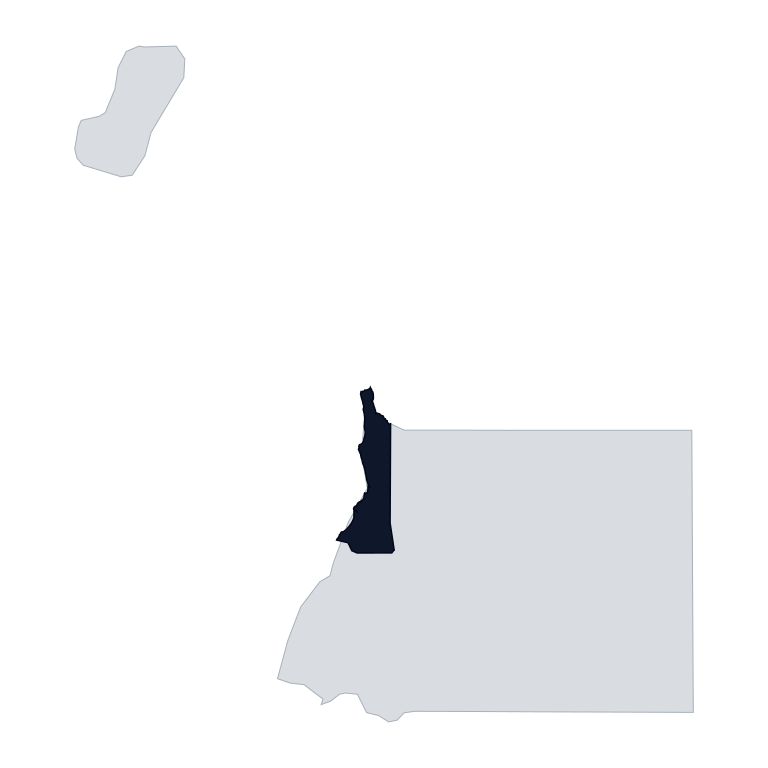 Bata, Litoral, Equatorial Guinea (highlighted)
{"feature_id": "11065452B98139425844484", "entity_name": "Bata", "entity_type": "district", "adm_level": 2, "iso_a3": "GNQ", "parent_name": "Equatorial Guinea", "parent_adm1": "Litoral", "projection": "robinson", "projection_center": [9.804, 2.002], "detail": "fine", "context": "in_parent", "style": "filled", "palette": "ink", "viewbox_px": 768, "rotation_deg": 0, "n_neighbors": 0, "source": "geoboundaries", "source_scale": "gbopen_adm2", "svg_char_len": 6264}
<svg xmlns="http://www.w3.org/2000/svg" viewBox="0 0 768 768"><path d="M691.8,430.3L692.1,486.2L692.3,533.5L692.6,584.7L692.9,638.0L693.1,683.1L693.3,712.4L649.6,712.2L591.7,712.0L533.7,711.8L475.8,711.5L446.6,711.4L414.6,711.3L404.2,712.8L397.1,720.2L388.6,721.9L378.7,715.6L366.6,712.6L363.4,706.1L357.4,694.2L345.5,693.0L339.5,694.2L330.9,701.0L321.2,704.6L323.0,699.1L303.9,684.6L290.2,683.1L277.5,678.7L287.8,640.7L300.6,607.1L319.8,581.8L330.0,575.7L333.3,563.1L348.5,521.8L367.3,488.3L361.5,454.3L366.0,397.2L371.4,398.8L372.3,404.2L373.7,412.2L380.8,419.2L404.2,430.2L473.9,430.2L515.6,430.3L577.1,430.3L642.3,430.3L691.8,430.3ZM139.0,46.1L144.3,47.0L176.1,46.1L184.8,58.9L183.8,77.7L151.0,132.5L144.9,155.7L132.2,175.2L121.2,176.8L83.4,165.3L77.0,158.3L74.7,148.9L78.4,127.1L81.2,120.4L99.3,116.3L105.2,112.7L114.9,89.1L118.1,67.7L126.2,51.5L139.0,46.1Z" fill="#d9dde1" stroke="#a8b0b8" stroke-width="1"/><path d="M390.6,423.0L390.4,423.8L390.2,424.1L390.0,424.4L389.7,424.5L389.3,424.3L389.2,424.3L388.6,424.1L388.4,423.8L388.4,423.6L388.2,423.2L387.4,422.5L387.2,422.1L387.2,421.4L387.3,421.1L387.3,420.8L387.2,420.7L386.7,420.6L386.4,420.5L386.0,420.4L385.8,420.1L385.7,419.7L385.6,419.4L385.4,418.9L385.1,419.0L384.6,419.1L384.5,418.9L384.4,418.7L384.1,418.0L383.8,418.0L383.7,417.8L383.7,417.7L383.6,417.1L383.4,416.7L383.1,416.1L383.0,415.9L382.7,415.8L382.4,415.7L381.9,415.6L380.6,415.0L380.4,414.9L380.2,414.7L380.0,414.2L379.9,414.2L379.5,413.9L378.9,413.6L378.6,413.6L378.1,413.5L377.8,413.5L377.0,413.1L376.9,413.1L376.5,413.0L376.2,412.7L376.0,412.8L376.1,413.2L376.1,413.6L376.1,413.8L375.8,413.9L375.7,413.7L375.8,412.9L375.7,412.6L375.7,412.3L375.6,412.0L375.5,411.2L375.4,410.8L375.4,410.4L375.4,410.1L375.3,409.9L375.0,409.4L375.0,409.2L374.6,408.4L374.5,407.4L374.3,407.0L374.2,406.8L374.0,406.4L373.8,405.9L373.7,405.2L373.6,404.7L373.4,404.0L373.2,403.7L373.0,403.0L372.8,402.2L372.7,401.9L372.3,401.8L372.0,401.5L371.9,401.5L372.0,401.1L372.1,400.9L372.5,400.6L372.6,400.4L372.7,399.7L372.8,399.6L373.1,399.6L373.2,399.2L373.3,399.0L373.4,398.8L373.3,398.3L373.4,398.0L373.4,397.0L373.4,396.0L373.3,395.1L373.2,394.5L373.3,394.3L373.2,393.8L373.2,393.5L373.1,393.2L372.9,392.9L372.9,392.5L372.8,392.1L372.7,391.9L372.6,391.7L372.1,391.0L371.5,390.4L371.6,389.6L371.5,389.4L371.1,389.0L371.0,388.7L370.9,388.4L370.7,388.1L370.4,387.8L370.3,387.5L370.1,388.0L369.8,388.4L369.6,388.7L368.8,389.0L368.4,389.3L367.8,389.6L367.5,389.7L366.9,390.0L366.7,390.0L366.0,390.1L365.5,390.0L365.2,390.0L364.8,390.1L364.6,390.3L364.5,390.5L364.2,390.9L364.0,391.2L363.9,391.3L363.6,391.3L363.3,391.5L363.1,391.6L362.9,391.5L362.8,391.4L362.7,391.3L362.3,391.4L362.2,391.5L362.0,391.8L361.8,391.8L361.6,391.9L361.2,391.7L361.2,391.8L361.0,392.1L361.0,392.3L360.9,392.3L360.9,392.5L360.8,393.0L360.7,393.2L360.8,393.3L360.7,393.7L360.7,393.8L360.6,394.2L360.6,394.3L360.6,394.5L360.8,395.0L361.0,395.4L361.1,395.7L361.1,396.1L361.1,396.4L361.3,396.8L361.2,396.9L361.4,397.3L361.4,397.7L361.7,398.4L361.8,399.0L362.5,401.0L362.7,402.5L362.9,403.1L363.3,404.8L363.7,406.0L363.8,406.9L363.6,407.3L363.6,408.1L363.5,408.3L363.2,408.9L363.2,409.5L363.4,410.4L363.6,410.9L364.2,413.8L364.4,415.3L364.6,417.0L364.7,417.8L364.7,418.6L364.7,419.1L364.7,420.5L364.6,421.7L364.6,422.3L364.5,422.9L364.6,423.6L364.4,424.7L364.4,425.4L364.3,426.4L364.4,427.2L364.5,427.6L364.7,429.4L364.9,430.1L365.1,431.0L365.2,432.0L365.2,432.7L365.0,434.5L364.7,435.9L364.6,436.7L364.5,437.0L364.4,437.3L364.0,438.0L363.9,439.0L363.9,439.5L363.9,439.8L363.8,440.2L363.7,440.7L363.6,441.0L363.4,441.3L363.3,441.6L363.1,441.9L362.6,442.9L362.4,443.1L361.9,443.5L361.7,443.7L361.2,444.4L361.1,444.5L360.9,444.5L360.6,444.4L360.3,444.5L360.2,444.4L359.7,444.7L359.5,444.8L359.1,445.4L359.0,445.6L359.0,446.0L358.9,446.4L358.8,446.6L358.8,446.9L358.8,447.1L359.1,447.8L359.1,448.0L358.5,448.9L358.5,449.2L358.5,449.4L358.8,450.2L359.1,451.1L359.2,451.3L359.4,451.3L359.6,451.8L359.8,452.1L359.9,452.5L359.9,453.0L360.1,453.4L360.3,453.5L360.5,454.0L360.8,454.4L360.8,454.8L360.7,455.1L360.8,455.7L361.2,457.6L361.4,458.3L361.9,459.5L362.0,460.0L362.2,460.5L362.3,461.6L362.6,462.9L362.9,463.7L363.1,464.4L363.4,464.9L363.6,465.5L363.7,465.8L364.3,466.2L364.3,466.5L364.2,466.6L364.2,466.8L364.1,467.2L364.4,467.9L364.7,469.0L365.1,470.8L365.5,473.1L365.9,474.6L366.0,475.6L366.4,477.4L366.5,478.0L366.5,478.6L367.0,480.8L367.2,481.4L367.4,481.8L367.8,483.0L367.9,483.8L368.0,484.0L368.3,484.2L368.6,484.4L368.8,484.9L368.9,485.4L368.8,485.6L368.8,486.3L369.3,486.7L369.6,487.1L369.2,487.1L368.9,486.9L368.7,486.7L368.6,486.0L368.4,485.4L368.2,485.2L368.1,485.3L368.0,485.8L368.1,486.7L368.0,487.3L368.0,487.8L368.0,488.5L367.9,489.4L367.8,489.8L367.8,490.4L367.7,491.0L367.5,492.1L367.0,492.7L366.4,492.9L365.9,493.1L365.5,493.3L365.3,493.3L364.7,493.0L364.4,493.5L364.5,493.9L364.5,494.4L364.4,494.8L364.2,495.0L364.0,497.0L363.9,497.6L363.7,498.1L363.3,499.0L362.8,499.7L362.5,500.0L362.2,500.3L361.6,500.5L361.4,500.5L361.2,500.7L361.0,501.1L360.7,501.8L360.4,501.9L360.2,502.0L359.8,501.8L359.2,502.0L358.4,502.5L358.0,503.0L357.8,503.2L357.7,503.7L357.6,503.8L357.3,504.0L357.1,504.1L357.0,504.5L356.9,504.8L356.8,505.6L356.8,505.8L356.7,506.0L356.2,506.0L355.6,506.0L355.3,506.1L354.7,506.6L354.4,506.9L354.1,507.4L353.9,507.7L353.6,508.5L353.6,508.8L353.7,509.6L353.9,509.8L354.5,510.1L355.4,510.4L355.7,510.5L356.0,510.7L356.3,510.8L356.6,510.9L356.8,511.1L357.1,511.6L357.2,511.8L357.2,512.0L356.9,511.8L356.7,511.5L356.4,511.2L356.0,511.1L355.7,510.9L355.3,510.8L354.9,510.5L354.7,510.4L354.1,510.3L354.0,510.6L353.9,511.5L354.0,512.8L354.0,513.5L353.8,515.7L354.0,517.0L353.8,518.0L353.5,518.9L353.1,519.8L352.7,520.7L351.7,522.7L350.9,523.9L349.6,525.7L349.1,526.5L348.0,527.5L347.1,528.6L346.2,529.6L345.0,530.5L344.7,530.7L344.0,531.3L343.5,531.7L343.1,531.9L342.9,531.9L342.6,531.9L342.3,531.8L342.1,531.8L341.7,531.9L341.4,532.1L341.0,532.5L340.6,533.2L340.3,533.9L340.0,534.6L339.6,534.7L339.4,534.8L339.3,535.5L338.8,536.8L338.5,537.3L338.2,537.9L337.9,538.1L337.7,538.2L337.2,538.7L336.9,539.4L336.6,540.1L348.0,542.7L351.8,550.7L357.1,553.0L391.8,552.9L393.8,550.3L394.2,550.1L390.1,523.0L390.6,423.0Z" fill="#0f172a" stroke="#020617" stroke-width="1.5"/></svg>